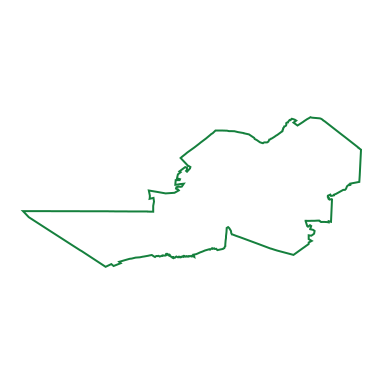 the district of Medņevas pag., Vilakas, Latvia
{"feature_id": "27541924B53598667549693", "entity_name": "Medņevas pag.", "entity_type": "district", "adm_level": 2, "iso_a3": "LVA", "parent_name": "Latvia", "parent_adm1": "Vilakas", "projection": "robinson", "projection_center": [27.629, 57.125], "detail": "fine", "context": "isolated", "style": "outline", "palette": "green", "viewbox_px": 384, "rotation_deg": 0, "n_neighbors": 0, "source": "geoboundaries", "source_scale": "gbopen_adm2", "svg_char_len": 5568}
<svg xmlns="http://www.w3.org/2000/svg" viewBox="0 0 384 384"><path d="M289.6,120.0L288.2,121.7L288.0,122.4L287.5,122.4L286.7,122.7L286.3,123.0L286.2,123.2L286.2,123.5L286.3,123.8L286.4,124.1L286.1,125.4L285.9,125.7L285.3,126.1L284.8,126.3L284.5,126.5L284.2,126.5L284.0,127.2L283.8,127.6L283.5,127.8L283.1,128.3L283.1,129.2L283.0,129.6L282.9,129.9L282.4,130.3L282.4,130.5L282.4,131.3L281.4,131.9L277.2,135.0L276.4,135.4L274.3,136.9L271.4,138.7L271.0,138.7L270.7,139.0L269.8,139.6L269.6,139.6L269.3,139.6L268.7,140.9L268.4,141.6L267.1,142.4L264.3,142.4L263.3,142.8L263.1,143.1L262.4,143.1L261.2,142.7L260.0,142.3L256.7,140.0L254.7,139.0L254.2,137.9L249.4,134.7L249.0,134.4L244.0,133.3L244.0,133.2L243.3,133.0L238.0,132.1L234.3,131.2L228.9,131.1L227.1,130.7L224.3,130.6L221.2,130.5L215.5,130.5L214.8,131.2L212.6,133.3L211.3,134.0L210.8,134.5L209.0,136.0L206.0,138.5L200.4,142.7L199.6,143.4L194.3,147.5L188.0,152.0L186.8,152.9L185.4,154.1L182.1,156.7L180.6,158.0L186.7,164.4L187.6,165.4L190.4,167.0L190.0,168.4L187.0,171.7L186.1,170.9L187.0,169.9L186.9,167.5L185.8,167.4L185.2,167.1L179.4,171.4L180.6,172.2L177.9,174.4L177.0,178.3L180.0,179.2L179.6,180.1L175.7,180.1L175.6,181.4L175.4,183.4L175.3,184.8L178.2,184.5L179.3,184.2L183.8,183.7L181.8,186.6L180.7,186.8L178.2,186.7L178.1,186.8L176.4,187.2L176.0,188.6L177.3,189.2L177.8,189.3L178.8,190.4L174.5,192.8L165.6,193.4L157.1,191.9L148.8,190.5L149.9,195.8L149.8,196.8L149.8,197.8L149.6,198.8L153.5,197.9L154.0,201.6L153.2,205.9L153.2,211.7L147.5,211.6L147.4,211.5L116.9,211.4L109.0,211.3L23.0,211.1L28.8,217.2L49.7,230.7L62.0,238.6L68.8,243.0L80.2,250.3L81.5,251.0L105.6,266.8L111.3,264.1L113.6,266.0L120.7,263.2L120.1,262.7L119.2,261.8L120.7,261.4L124.4,260.3L129.7,258.8L131.6,258.6L135.6,257.6L139.9,257.3L142.7,256.7L144.1,256.5L148.5,255.7L149.2,255.5L151.8,255.0L153.9,256.4L155.0,257.0L156.1,256.1L156.4,256.0L157.6,256.1L157.9,256.0L158.1,255.9L158.7,255.9L159.5,256.5L160.9,256.2L161.4,255.9L161.8,255.8L162.3,255.9L162.4,255.6L162.5,255.4L162.8,255.4L163.1,255.4L163.4,255.5L163.6,255.6L163.9,255.5L164.6,255.6L165.3,255.5L165.7,255.5L166.3,255.1L166.5,254.9L166.4,254.7L166.1,254.5L166.0,254.3L166.0,254.1L166.2,253.9L166.5,254.0L166.8,254.2L166.9,253.9L167.1,253.8L167.6,254.0L167.8,254.2L167.8,254.4L167.8,254.6L167.9,254.8L168.0,254.9L169.5,254.6L169.8,254.9L169.9,255.2L169.9,255.4L169.7,255.6L169.5,255.8L169.9,256.0L171.0,256.5L171.2,256.8L171.5,256.8L171.7,257.0L171.9,257.2L172.0,257.3L172.6,257.0L173.0,257.0L172.9,257.5L172.9,257.8L173.0,257.8L173.2,257.7L173.3,257.8L173.5,258.1L173.9,257.9L174.2,257.9L174.5,257.7L175.1,257.6L175.2,257.4L175.4,257.1L176.0,256.7L176.4,256.5L176.6,256.6L176.8,256.8L177.2,257.1L177.6,257.2L178.1,257.3L178.2,257.2L178.4,256.9L178.7,256.7L178.9,256.7L179.1,256.7L179.3,257.0L180.0,256.9L180.4,257.0L180.6,257.1L180.6,257.3L181.1,257.2L181.4,257.1L181.5,257.0L181.5,256.8L181.5,256.7L181.8,256.6L182.0,256.6L182.3,256.7L182.5,256.5L182.9,256.6L183.4,256.8L183.5,256.6L183.9,256.3L183.7,256.2L183.6,255.9L183.8,255.8L184.3,255.9L184.3,256.0L184.5,256.3L184.9,256.5L185.1,256.7L185.5,256.6L186.0,256.6L186.3,256.4L186.2,256.3L186.3,256.2L186.7,256.1L186.9,256.2L187.0,256.3L186.9,256.4L186.9,256.5L187.1,256.6L187.3,256.6L187.4,256.4L188.1,256.6L188.3,256.6L188.4,256.4L188.3,256.2L188.6,256.1L189.1,256.0L189.3,256.1L189.4,256.3L189.5,256.3L189.9,256.3L190.1,256.2L190.9,256.1L191.1,255.9L191.4,255.9L191.5,255.9L191.5,256.0L191.4,256.1L191.4,256.3L191.5,256.4L191.7,256.5L192.2,256.3L192.7,256.3L192.8,256.3L193.7,256.6L194.0,256.7L194.3,256.9L194.2,256.3L193.4,254.7L196.0,254.2L197.5,253.6L200.1,252.4L202.6,251.5L204.9,250.5L209.4,249.2L210.0,249.7L212.1,248.2L212.8,248.9L214.1,248.3L214.9,249.0L216.2,248.8L217.4,250.1L222.6,249.0L223.4,248.7L223.5,248.4L224.3,248.1L225.2,245.8L225.3,245.8L225.3,244.3L225.6,240.6L226.0,237.8L226.0,236.2L226.5,231.9L226.7,228.0L228.1,227.1L228.9,227.8L229.4,228.4L230.7,230.5L231.0,231.1L231.1,231.9L231.2,233.0L231.9,234.4L232.3,234.4L236.5,236.0L240.0,237.2L257.6,243.7L270.7,248.6L270.8,248.6L271.0,248.6L275.0,249.9L277.3,250.6L293.5,254.9L302.1,248.7L305.1,246.6L305.6,246.2L308.6,244.1L308.7,243.6L308.7,242.5L311.7,240.9L308.7,239.1L308.7,235.3L311.3,235.7L313.6,234.1L314.1,233.6L314.6,231.0L314.6,230.9L313.3,230.0L312.9,229.8L310.2,229.2L310.3,228.6L311.2,226.0L310.0,225.2L308.0,226.7L307.3,226.2L306.8,224.8L306.7,224.5L306.3,223.2L305.6,221.1L305.6,220.8L309.5,220.9L311.1,220.8L314.2,220.8L318.0,220.6L319.2,220.6L319.6,221.2L320.2,221.2L321.0,222.0L323.5,221.9L325.7,222.0L327.3,222.1L328.7,222.4L328.7,221.2L331.0,221.8L332.0,199.4L331.9,199.3L331.6,199.2L331.4,199.4L331.3,199.5L330.9,199.3L330.1,199.4L329.6,199.6L329.2,199.4L329.1,199.2L328.6,198.9L328.4,198.6L328.5,198.4L328.8,198.5L328.9,198.3L328.8,198.1L328.6,198.0L328.7,197.6L328.0,197.2L328.0,196.9L327.8,196.8L327.8,196.7L328.1,196.5L328.2,196.1L328.1,195.9L327.9,195.8L327.9,195.7L329.5,195.0L330.3,194.6L331.0,195.9L331.9,195.8L334.0,195.3L334.0,194.7L336.0,193.9L343.2,189.9L344.8,189.9L345.1,189.8L345.9,188.9L346.0,188.8L347.0,186.3L349.0,184.6L349.6,185.1L350.4,184.9L350.5,184.8L350.3,183.6L359.3,181.9L359.7,175.9L361.0,149.7L358.4,147.8L358.5,147.7L357.5,146.9L345.0,137.1L340.3,133.5L324.8,121.4L323.1,120.3L323.1,120.2L322.0,119.3L320.9,118.7L319.7,118.3L319.1,118.3L318.1,118.2L312.3,117.7L311.2,117.5L310.5,117.2L308.4,118.5L307.5,118.9L304.3,121.0L303.4,121.7L300.2,123.8L297.5,125.5L293.5,122.6L296.2,120.6L294.8,119.7L292.4,118.9L291.6,118.8L290.5,120.2L290.1,120.2L289.6,120.0Z" fill="none" stroke="#15803d" stroke-width="2"/></svg>